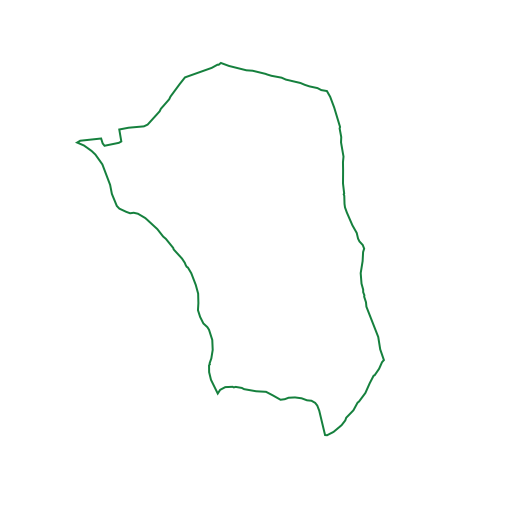 the district of Ixtahuacán, Huehuetenango, Guatemala, rotated 159°
{"feature_id": "79465075B38724413967486", "entity_name": "Ixtahuacán", "entity_type": "district", "adm_level": 2, "iso_a3": "GTM", "parent_name": "Guatemala", "parent_adm1": "Huehuetenango", "projection": "equal_earth", "projection_center": [-91.799, 15.426], "detail": "fine", "context": "isolated", "style": "outline", "palette": "green", "viewbox_px": 512, "rotation_deg": 159, "n_neighbors": 0, "source": "geoboundaries", "source_scale": "gbopen_adm2", "svg_char_len": 1916}
<svg xmlns="http://www.w3.org/2000/svg" viewBox="0 0 512 512"><g transform="rotate(159 256 256)"><path d="M341.0,141.3L337.4,143.9L331.7,144.6L324.8,142.3L323.8,141.3L321.9,141.1L316.5,137.9L314.9,136.0L304.4,129.7L295.3,125.6L290.2,119.8L284.6,113.0L280.4,112.0L276.4,112.0L270.3,110.0L264.4,106.8L260.1,103.0L256.1,101.0L253.4,97.7L252.4,94.4L252.4,88.9L255.7,64.1L253.9,63.2L246.6,64.0L236.7,67.4L231.6,70.5L229.7,72.7L220.4,77.0L213.7,82.7L212.0,83.2L203.0,88.9L195.4,96.5L189.1,102.1L187.9,102.2L181.5,106.6L176.4,111.7L173.9,113.0L173.5,124.3L170.9,136.6L171.1,169.1L169.9,173.4L169.6,179.3L168.9,180.5L168.9,183.8L168.0,186.2L167.4,192.4L164.4,202.5L158.3,213.0L154.6,221.3L152.4,224.1L152.4,228.0L154.2,232.5L154.5,235.7L153.7,241.4L155.0,250.1L155.6,264.0L155.5,269.5L154.7,272.9L152.0,280.6L152.0,282.2L151.3,282.7L148.8,292.5L143.9,305.0L141.2,312.4L138.7,317.4L135.9,331.6L133.8,336.5L132.2,345.2L131.3,346.3L129.8,366.5L129.7,378.0L130.7,384.6L135.6,387.5L138.4,390.7L145.3,395.2L149.1,398.3L152.4,401.5L164.9,410.0L168.2,413.3L177.0,418.7L180.6,421.5L181.8,422.6L192.8,430.2L198.4,432.8L213.1,443.1L219.6,448.8L222.3,447.9L223.4,448.4L229.9,447.5L258.3,448.2L265.7,443.8L278.7,435.5L280.9,433.4L292.1,427.5L294.1,425.6L310.1,417.5L314.2,417.2L328.9,421.4L338.3,423.1L340.7,411.2L343.5,410.8L357.9,413.2L358.8,416.0L358.5,421.2L378.8,426.6L382.3,426.0L377.0,420.8L371.8,412.9L369.6,408.3L366.6,396.6L366.7,374.7L368.3,365.6L368.0,352.6L366.6,349.2L361.3,343.7L358.2,341.0L354.7,340.2L351.1,337.8L345.7,331.0L338.5,316.5L335.7,307.4L334.0,304.3L330.4,293.2L330.5,291.6L326.0,280.1L324.9,275.1L324.9,273.0L324.6,270.8L323.7,269.6L322.6,263.1L322.6,250.5L323.5,241.6L326.7,232.6L329.6,226.2L330.0,219.2L329.3,211.9L326.9,207.0L326.3,204.0L326.9,193.3L330.1,183.8L334.4,176.4L337.8,172.4L337.9,171.4L339.0,170.8L341.4,164.3L342.4,156.6L341.0,141.3Z" fill="none" stroke="#15803d" stroke-width="2"/></g></svg>